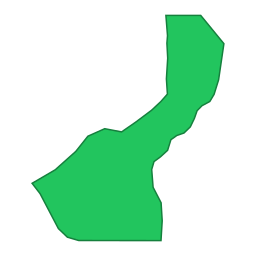 an SVG outline of Mpigi
{"feature_id": "UGA-3078", "entity_name": "Mpigi", "entity_type": "District", "adm_level": 1, "iso_a3": "UGA", "parent_name": "Uganda", "parent_adm1": "", "projection": "natural_earth1", "projection_center": [32.214, 0.138], "detail": "fine", "context": "isolated", "style": "filled", "palette": "green", "viewbox_px": 256, "rotation_deg": 0, "n_neighbors": 0, "source": "natural_earth", "source_scale": "10m", "svg_char_len": 593}
<svg xmlns="http://www.w3.org/2000/svg" viewBox="0 0 256 256"><path d="M166.4,78.9L167.7,58.2L166.9,43.2L167.5,35.7L165.9,15.4L200.7,15.4L223.9,43.7L218.6,79.8L214.1,94.3L209.8,101.5L202.0,105.7L197.1,110.7L194.4,118.4L190.3,126.9L184.0,133.0L176.8,135.5L170.9,139.7L167.6,150.3L160.5,156.8L154.0,161.6L151.7,169.5L153.1,187.3L161.1,202.8L162.2,220.8L161.0,240.6L78.7,240.5L67.4,237.2L58.4,228.6L40.1,193.7L32.1,183.3L55.2,169.8L75.8,151.4L87.9,136.2L104.7,128.7L121.6,131.9L135.6,122.2L151.5,110.3L160.8,101.6L167.4,94.1L166.4,78.9Z" fill="#22c55e" stroke="#15803d" stroke-width="1.5"/></svg>